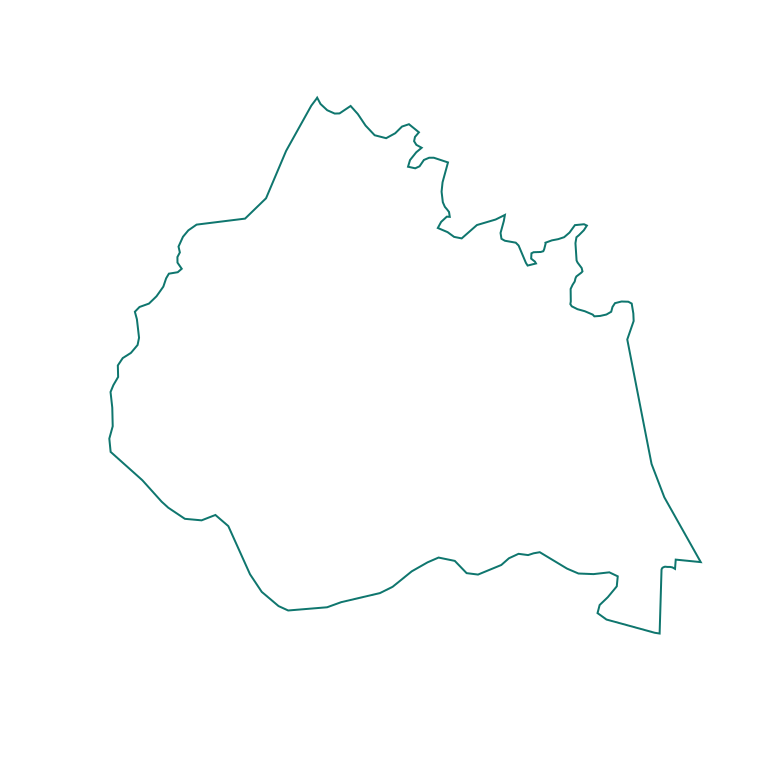 map outline of Kompienga (orthographic projection), rotated 260°
{"feature_id": "BFA-2183", "entity_name": "Kompienga", "entity_type": "Province", "adm_level": 1, "iso_a3": "BFA", "parent_name": "Burkina Faso", "parent_adm1": "", "projection": "orthographic", "projection_center": [0.977, 11.426], "detail": "fine", "context": "isolated", "style": "outline", "palette": "teal", "viewbox_px": 768, "rotation_deg": 260, "n_neighbors": 0, "source": "natural_earth", "source_scale": "10m", "svg_char_len": 2420}
<svg xmlns="http://www.w3.org/2000/svg" viewBox="0 0 768 768"><g transform="rotate(260 384 384)"><path d="M677.6,367.9L670.8,370.1L663.5,375.6L658.9,382.4L658.2,387.2L663.6,399.4L654.4,405.1L641.7,410.7L630.6,418.0L625.7,428.8L629.0,438.6L634.4,446.4L635.5,453.7L625.8,462.1L621.9,457.4L617.9,455.8L613.9,457.4L610.1,462.1L606.6,456.0L600.0,448.5L593.8,445.4L591.0,452.2L592.2,456.8L597.7,462.2L599.0,467.8L598.2,472.3L591.1,485.5L572.5,476.7L563.4,474.1L552.8,473.5L547.9,474.7L545.0,476.4L542.1,477.9L537.2,477.8L537.9,474.9L533.7,468.4L528.3,464.1L522.5,473.0L516.7,478.6L513.9,485.8L524.4,503.1L526.6,522.5L529.5,532.4L523.7,530.3L512.5,525.0L506.6,524.9L504.1,527.9L500.3,538.3L497.0,540.6L478.6,544.8L475.7,546.0L476.3,554.6L478.3,553.9L481.9,550.7L487.1,551.9L487.8,554.2L486.8,561.3L487.1,563.9L488.8,565.1L494.1,567.5L495.1,567.5L496.3,574.3L496.4,580.7L497.3,586.9L500.9,593.0L507.3,599.6L506.6,608.7L504.8,611.3L500.7,607.5L496.7,601.8L495.1,599.0L489.5,597.0L472.2,595.1L470.0,595.7L463.9,598.8L460.4,599.0L459.4,597.7L456.5,592.1L454.8,590.9L451.8,589.6L449.0,587.0L445.2,584.3L432.9,582.3L430.3,581.4L427.9,582.4L424.1,587.5L420.8,594.4L416.1,601.6L414.1,602.9L413.5,608.7L413.8,615.1L415.7,620.3L420.2,622.4L423.5,625.5L424.0,632.2L422.6,638.9L420.2,641.9L410.2,641.8L402.7,640.8L385.6,631.3L312.8,632.6L258.8,633.6L223.7,640.4L153.6,665.0L160.4,640.8L151.4,638.5L153.3,636.2L154.2,633.9L154.6,631.5L155.3,629.0L155.0,627.2L154.3,625.9L153.1,625.1L90.4,612.1L92.0,607.4L113.4,562.2L121.3,554.5L128.9,558.0L135.2,567.4L144.3,578.1L154.0,580.8L159.4,573.2L160.4,557.3L163.6,542.6L170.4,532.2L191.3,508.2L191.3,501.9L190.5,496.2L193.4,487.0L190.7,476.8L185.4,468.1L180.0,443.5L183.4,432.5L197.5,423.0L203.6,407.6L200.8,395.9L194.7,378.8L182.8,357.3L178.8,343.7L176.6,304.1L174.0,289.2L177.6,250.3L183.6,241.6L200.5,227.5L219.9,219.0L271.1,206.0L284.3,195.2L281.4,180.7L285.8,164.5L299.6,150.1L306.7,144.6L331.2,129.3L364.6,103.0L377.9,104.0L389.5,109.5L407.9,112.3L423.6,113.3L429.9,117.3L437.1,123.4L448.5,125.1L454.9,131.2L458.6,140.2L465.2,148.1L472.1,150.8L490.7,151.9L498.4,151.2L502.3,156.6L504.0,166.5L509.9,175.2L518.2,183.6L525.9,187.8L530.0,191.3L529.9,200.3L532.6,204.8L539.4,201.7L544.9,202.6L549.0,205.8L555.0,205.5L563.9,211.6L569.3,218.0L573.5,227.1L571.0,275.9L587.4,300.1L630.6,328.1L670.7,360.7L676.7,367.1L677.5,367.8L677.6,367.9Z" fill="none" stroke="#0f766e" stroke-width="2"/></g></svg>